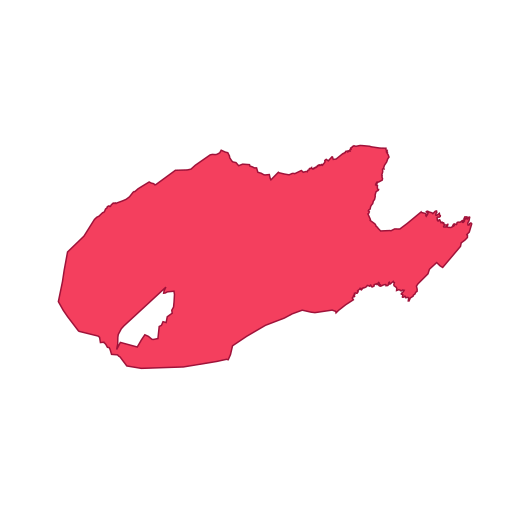 Durbes pag., Durbes, Latvia (Equal Earth projection), rotated 315°
{"feature_id": "27541924B87236777482694", "entity_name": "Durbes pag.", "entity_type": "district", "adm_level": 2, "iso_a3": "LVA", "parent_name": "Latvia", "parent_adm1": "Durbes", "projection": "equal_earth", "projection_center": [21.473, 56.574], "detail": "fine", "context": "isolated", "style": "filled", "palette": "rose", "viewbox_px": 512, "rotation_deg": 315, "n_neighbors": 0, "source": "geoboundaries", "source_scale": "gbopen_adm2", "svg_char_len": 6147}
<svg xmlns="http://www.w3.org/2000/svg" viewBox="0 0 512 512"><g transform="rotate(315 256 256)"><path d="M414.8,260.4L413.9,258.7L409.0,252.8L407.7,251.4L404.2,249.1L403.2,247.3L402.7,247.4L402.1,246.9L401.3,246.8L401.0,247.1L399.2,246.6L398.5,247.2L398.7,247.7L398.2,247.8L397.7,247.3L397.3,247.7L396.6,247.5L396.5,248.0L396.1,247.4L395.4,247.6L395.4,246.8L394.3,246.9L394.5,246.2L393.3,245.4L392.2,246.0L391.2,245.4L390.4,245.6L389.8,245.0L381.2,244.1L378.9,242.3L380.1,240.1L379.9,239.6L374.4,239.8L374.0,237.3L372.3,237.1L371.9,237.3L371.6,238.0L370.8,238.4L367.4,238.8L367.6,238.2L367.0,237.6L366.4,238.0L366.0,237.8L365.9,237.3L365.0,237.1L364.8,236.5L365.1,236.3L364.3,235.8L363.5,236.0L363.2,235.7L362.8,236.2L361.3,235.5L361.1,235.9L360.7,235.8L360.1,235.1L359.5,235.3L359.2,234.8L358.4,235.2L357.7,234.7L357.9,234.4L357.3,233.5L357.8,232.8L356.4,232.7L356.0,232.1L355.4,232.0L354.4,232.6L353.3,232.1L351.8,232.7L351.3,231.7L348.6,230.2L348.7,229.9L348.5,227.6L341.6,225.2L341.3,224.5L340.1,223.3L336.8,222.0L334.1,218.2L331.0,213.2L331.0,212.6L320.4,212.7L320.9,211.2L323.0,207.8L319.7,205.1L319.0,204.1L318.2,201.2L316.5,198.1L318.7,194.1L317.1,192.5L316.6,190.7L315.3,188.0L316.0,186.8L311.5,181.6L307.6,179.9L307.9,175.8L306.2,173.2L306.1,171.6L306.9,167.9L307.9,166.6L309.1,163.0L307.8,160.9L306.2,156.6L303.3,157.4L300.3,156.5L299.0,155.6L297.0,153.3L295.1,152.1L277.3,148.9L271.4,148.6L268.2,146.5L259.6,138.4L235.7,134.7L234.8,134.2L234.8,132.5L233.5,130.4L232.8,128.1L220.4,125.1L215.8,124.8L215.3,124.2L214.1,124.0L208.4,124.7L204.2,124.1L200.7,122.7L194.9,120.0L194.1,119.9L194.0,118.8L192.8,118.5L192.5,117.6L190.8,117.6L190.2,117.4L188.1,118.0L187.4,117.2L187.5,116.6L185.8,116.0L184.7,116.6L182.8,116.4L180.7,117.3L179.2,117.5L178.2,116.9L173.0,116.8L170.9,116.0L167.7,115.9L148.4,120.3L125.6,119.9L110.5,130.3L101.0,137.3L84.0,148.5L81.3,158.1L79.9,165.6L77.5,183.4L77.7,184.3L87.7,200.9L87.9,202.9L84.8,207.2L87.5,209.4L87.2,210.0L87.4,210.6L87.3,212.3L86.4,215.5L87.4,217.0L86.7,219.0L84.3,223.4L88.2,228.0L88.1,229.7L88.5,231.1L86.9,242.4L95.5,254.4L126.2,283.1L153.8,302.9L162.1,308.2L163.0,309.7L168.2,307.7L175.9,302.9L192.7,306.2L213.7,311.7L232.1,319.9L240.7,322.5L250.4,327.0L255.2,334.6L257.6,337.7L271.6,348.1L273.1,351.3L273.1,351.7L272.4,352.8L275.8,352.8L285.0,353.9L293.9,355.8L294.4,353.8L296.0,353.6L296.8,354.3L297.3,354.2L297.3,353.8L296.6,353.2L297.4,352.8L298.6,353.1L299.2,352.0L300.4,352.6L300.7,353.4L301.1,353.8L302.9,353.5L303.3,353.1L303.0,352.7L303.2,352.4L305.8,352.7L306.7,352.4L307.2,353.1L306.3,353.6L306.6,354.5L309.4,354.2L309.6,354.4L309.6,354.8L311.2,355.5L312.6,355.8L313.8,355.5L314.2,355.8L315.0,357.7L316.4,357.5L316.6,358.0L316.1,358.6L316.0,359.4L316.2,360.0L316.7,360.3L318.4,360.7L319.0,359.9L319.4,359.9L321.5,360.8L321.4,361.7L324.0,361.4L324.0,362.4L323.1,363.2L322.2,363.1L322.1,363.9L322.3,364.1L323.6,364.3L323.5,364.8L322.6,364.7L322.4,365.1L323.0,365.6L326.0,366.7L327.5,367.8L327.5,368.2L326.9,368.9L328.2,370.0L329.9,370.0L329.7,369.6L331.1,368.7L331.7,368.8L330.9,370.5L331.1,370.7L335.0,371.0L334.7,371.7L335.1,372.6L333.3,373.6L332.6,374.6L333.0,377.4L332.6,378.5L331.0,379.8L333.0,380.7L333.8,381.9L333.6,382.6L334.0,383.4L335.5,383.6L336.5,385.0L335.1,385.4L332.2,385.3L331.8,385.8L332.3,386.5L332.4,387.3L330.5,388.5L330.5,388.8L331.5,389.6L332.9,389.7L333.0,390.2L332.4,391.4L334.2,392.7L334.2,393.8L331.9,395.4L332.4,396.0L335.4,394.8L338.7,395.5L339.7,394.9L341.3,395.3L343.3,394.6L344.9,394.9L346.4,393.5L348.2,390.7L351.0,390.2L365.0,390.2L369.1,388.1L369.8,388.0L379.1,388.4L379.2,393.2L379.9,396.1L407.4,393.8L410.4,391.8L415.2,392.5L418.6,392.4L420.2,390.9L420.0,390.5L420.2,389.9L423.7,389.9L431.3,385.8L431.4,384.8L431.1,384.4L429.9,384.1L429.0,384.8L428.1,384.4L427.8,383.9L429.0,382.4L431.4,381.8L434.5,379.7L434.4,379.3L433.8,379.0L431.5,379.2L431.6,378.6L432.8,377.5L431.3,376.0L429.5,376.7L430.7,378.0L428.1,377.6L427.9,377.8L428.3,378.5L428.1,378.7L426.3,378.8L425.8,378.2L427.1,377.1L427.0,376.8L424.3,376.5L422.9,375.0L422.1,374.6L421.4,374.7L420.6,375.4L419.8,375.4L419.2,373.8L418.2,373.2L416.9,373.6L417.7,374.1L417.9,374.4L417.7,374.6L416.8,374.6L414.0,373.7L412.2,371.7L411.6,370.5L412.1,370.0L413.8,369.6L414.0,369.2L412.0,368.7L411.2,369.7L410.8,369.8L409.5,368.5L409.3,368.1L409.5,367.8L411.8,367.2L411.5,366.3L412.0,365.4L411.6,365.3L411.8,364.8L411.3,364.4L411.5,363.6L410.4,363.3L411.5,360.2L411.2,359.9L409.7,360.2L409.4,359.9L409.5,359.0L411.1,357.0L411.9,356.9L413.0,358.1L414.2,358.3L414.9,357.8L414.8,356.9L415.8,355.5L412.6,355.0L412.1,354.7L412.0,354.1L413.6,353.1L414.7,353.0L415.5,351.8L414.5,351.1L411.0,351.1L411.0,349.9L409.5,347.2L409.1,345.7L408.2,345.1L407.7,345.1L407.7,346.3L408.5,346.6L408.4,347.1L406.7,347.9L404.5,348.3L404.7,347.4L405.9,346.6L405.9,345.8L403.6,341.9L403.8,341.6L385.8,339.9L376.7,338.6L373.2,334.9L369.3,333.6L368.6,332.6L361.8,326.4L361.9,322.6L362.2,321.6L361.9,319.9L362.4,319.1L362.8,317.4L361.9,311.5L362.7,311.1L364.9,305.4L365.9,305.5L367.4,304.9L367.5,304.2L367.3,303.5L368.4,303.2L369.9,303.5L372.0,302.1L373.8,301.6L375.5,301.5L377.9,300.1L379.7,299.9L382.3,298.3L383.4,297.1L386.0,295.6L387.0,295.5L388.7,296.0L389.6,295.8L389.7,295.7L389.3,295.3L389.3,294.6L390.7,292.8L391.7,292.2L391.7,291.4L391.1,291.0L391.5,290.7L391.3,290.4L392.3,290.4L392.0,289.8L392.9,289.8L393.0,289.4L393.3,289.3L393.4,289.8L394.1,289.6L394.3,290.0L395.6,290.6L398.9,291.6L400.2,290.8L400.9,289.2L402.0,288.5L402.1,287.7L405.1,286.1L406.8,284.1L407.6,284.2L408.1,284.9L408.6,283.9L410.9,282.7L414.9,281.9L417.7,280.5L420.0,280.1L421.1,277.7L421.4,276.1L422.2,275.7L421.8,275.0L422.8,274.6L422.5,274.1L423.2,273.9L422.9,273.6L423.2,272.5L424.1,271.7L420.0,267.4L414.8,260.4ZM99.0,221.2L91.3,223.6L95.9,220.5L100.8,215.8L103.1,214.1L109.3,212.2L113.2,212.0L170.3,214.3L166.5,215.6L164.4,217.0L165.7,218.0L168.0,218.7L173.1,222.9L171.2,225.5L165.5,230.6L161.6,233.8L158.1,234.8L156.3,237.2L150.3,236.2L145.4,239.5L143.8,236.7L140.1,238.2L137.7,237.4L128.3,245.0L124.7,242.7L123.5,241.4L123.1,236.8L121.7,233.1L116.0,234.2L107.7,236.4L99.0,221.2Z" fill="#f43f5e" stroke="#9f1239" stroke-width="1.5"/></g></svg>